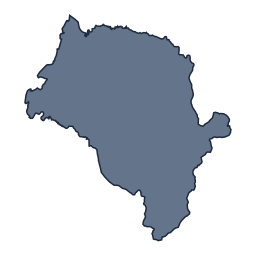 outline of Timbiquí, Cauca, Colombia
{"feature_id": "7082276B54920381077672", "entity_name": "Timbiquí", "entity_type": "district", "adm_level": 2, "iso_a3": "COL", "parent_name": "Colombia", "parent_adm1": "Cauca", "projection": "natural_earth1", "projection_center": [-77.548, 2.664], "detail": "fine", "context": "isolated", "style": "filled", "palette": "slate", "viewbox_px": 256, "rotation_deg": 0, "n_neighbors": 0, "source": "geoboundaries", "source_scale": "gbopen_adm2", "svg_char_len": 5694}
<svg xmlns="http://www.w3.org/2000/svg" viewBox="0 0 256 256"><path d="M193.6,190.1L194.4,189.3L194.8,187.5L195.3,186.6L194.6,183.4L195.3,182.0L195.3,180.0L194.8,179.0L195.2,177.1L193.7,175.3L193.2,174.3L192.9,172.3L193.0,171.0L193.5,169.9L195.1,168.0L195.9,167.6L197.0,167.5L197.6,165.6L197.9,165.2L198.8,165.6L199.9,164.3L201.7,162.8L202.0,161.5L201.1,157.9L201.5,157.0L205.4,154.4L205.9,153.3L207.2,152.1L208.0,152.0L210.2,152.3L210.7,151.8L210.9,150.8L211.6,149.6L212.0,147.4L211.4,146.8L210.4,141.4L209.4,140.0L209.7,139.1L212.0,138.5L213.0,137.6L214.7,136.9L217.0,137.5L219.3,137.0L221.4,137.4L224.1,137.2L226.3,136.4L228.9,135.3L229.4,134.7L230.5,132.6L230.6,131.1L231.0,129.7L229.9,127.8L229.6,126.0L228.7,125.7L227.7,126.2L227.4,125.7L228.1,124.5L228.3,122.8L229.3,121.1L229.4,119.3L227.7,116.6L226.2,115.1L223.6,113.8L221.0,113.5L220.0,113.6L219.3,113.9L218.3,113.1L215.3,112.3L213.7,112.8L212.8,117.1L212.2,118.2L209.6,120.6L208.8,121.9L204.9,124.2L203.3,126.1L201.1,125.8L199.9,125.3L198.4,124.3L198.2,123.0L198.5,118.6L197.4,117.2L197.1,114.7L196.0,113.2L195.6,112.0L192.6,107.5L191.0,102.6L191.1,100.5L193.1,95.9L193.3,94.3L192.4,89.8L191.7,88.4L191.7,84.8L189.9,81.0L189.1,78.5L189.0,77.6L189.9,74.7L192.5,70.5L192.8,67.3L193.8,65.7L193.9,64.6L193.4,63.5L192.1,63.1L190.2,60.7L190.1,56.9L189.6,55.6L188.8,55.2L187.7,55.3L186.9,56.0L186.5,57.8L185.5,58.0L184.6,57.2L183.1,54.9L179.6,54.7L179.1,54.4L178.7,53.1L179.1,50.1L179.0,47.4L178.0,46.7L174.2,46.6L173.3,45.6L172.8,44.3L171.8,43.9L170.4,41.9L169.6,41.4L169.1,39.9L168.5,39.6L167.6,39.8L167.1,39.7L166.6,38.1L166.5,37.0L166.0,36.6L164.9,36.7L163.4,38.6L161.5,39.0L156.0,36.6L154.1,36.2L152.4,35.1L151.3,35.6L150.2,35.4L149.4,35.6L148.0,33.8L146.8,33.2L146.4,32.5L145.9,33.1L144.8,32.7L143.1,32.7L141.7,33.5L139.9,32.7L139.4,33.2L138.7,33.2L136.8,32.8L135.0,31.7L133.0,31.5L131.4,30.2L130.3,29.9L129.3,29.3L128.0,27.9L126.8,28.3L126.3,26.4L125.3,27.5L125.3,28.2L124.3,27.9L124.1,28.4L122.7,28.3L121.7,27.3L122.0,26.8L121.1,26.4L120.2,26.3L119.8,26.8L119.0,26.6L118.3,27.4L117.9,27.1L117.6,26.4L117.2,27.2L116.9,26.8L116.0,27.2L115.5,27.0L115.7,27.6L115.0,27.7L115.1,28.6L114.7,29.0L113.0,28.2L112.1,28.5L111.7,28.3L111.7,29.4L111.0,29.0L110.6,28.3L110.8,27.9L110.2,27.8L110.4,26.6L109.8,26.6L109.8,27.2L109.5,27.4L108.4,26.7L108.1,27.6L107.9,26.2L106.9,26.3L105.7,25.7L105.0,25.8L104.1,25.2L103.6,24.4L103.2,24.4L102.7,25.3L101.2,25.7L100.0,26.4L98.6,26.1L97.2,26.2L96.0,25.4L95.2,26.5L94.7,28.3L92.2,28.8L92.2,30.8L91.4,31.8L90.5,32.0L89.8,31.7L89.3,31.2L88.9,30.0L88.2,30.0L87.7,30.7L87.6,31.5L87.8,32.1L88.8,33.0L88.7,34.2L88.4,34.6L87.9,34.7L86.9,33.2L86.1,33.2L85.9,34.4L86.5,35.3L86.7,36.0L86.2,36.5L85.6,36.5L84.8,35.5L85.3,34.5L85.2,32.9L82.3,31.9L80.8,30.4L79.6,28.6L79.0,26.8L78.1,22.1L74.6,19.0L69.7,15.4L69.2,19.9L68.2,21.1L67.9,21.1L68.0,20.6L66.6,20.8L64.1,25.8L63.3,27.2L62.8,27.5L62.1,29.2L62.7,30.1L62.5,30.5L62.7,32.1L63.3,32.6L64.0,32.6L64.1,32.8L62.7,33.6L61.5,33.5L60.8,33.9L60.0,35.2L60.2,37.4L60.0,38.2L60.5,39.0L61.5,39.3L58.7,49.2L58.3,49.3L57.7,48.9L57.1,49.1L57.2,51.3L56.2,55.8L54.9,58.6L54.7,60.2L53.9,60.7L54.0,61.7L53.2,61.9L53.0,62.6L53.1,63.2L52.3,64.2L49.3,64.8L48.0,64.6L46.5,65.1L39.5,72.4L37.5,75.6L37.8,76.8L38.6,77.7L40.2,76.9L42.7,77.4L44.9,78.5L46.8,78.7L47.2,79.3L46.9,79.8L45.2,82.1L45.0,83.2L43.3,84.5L42.5,85.9L42.1,86.9L42.1,88.4L40.2,89.8L37.3,88.0L35.6,89.4L32.1,91.1L31.8,90.6L31.4,90.9L30.5,90.8L30.9,89.2L30.3,89.0L28.8,89.7L27.5,90.9L27.2,91.6L26.0,95.1L25.0,102.4L25.4,103.4L26.1,103.5L28.5,101.9L28.7,103.1L28.1,104.2L27.7,105.8L28.0,106.6L27.8,107.1L27.9,107.6L26.8,110.4L26.7,111.7L27.5,114.1L29.2,115.6L29.3,116.3L29.8,116.7L29.2,117.4L30.5,118.3L32.4,118.3L33.1,117.5L35.4,113.4L36.8,113.2L38.3,114.1L39.1,114.2L39.8,113.7L41.0,112.1L41.7,111.8L42.4,111.8L43.1,112.3L43.5,112.9L43.5,114.9L43.1,115.5L41.2,117.2L41.0,118.1L41.4,119.3L42.6,120.4L43.4,120.6L43.9,120.4L45.0,118.6L46.4,117.5L47.7,117.7L48.4,118.7L49.0,118.7L49.0,116.8L49.3,116.5L49.9,116.5L50.4,117.1L50.6,118.0L51.5,118.5L51.4,119.7L51.7,120.0L53.4,119.8L54.3,120.5L55.2,120.4L55.7,120.8L55.7,121.2L56.3,121.3L56.8,122.3L57.9,122.4L57.6,122.8L57.9,123.7L58.4,123.7L58.5,123.3L58.8,123.3L59.3,124.5L59.6,124.3L60.2,124.6L60.5,125.2L61.2,125.3L61.4,125.8L62.2,126.4L62.4,126.1L62.5,126.3L62.8,126.2L65.5,128.0L66.3,128.3L67.1,128.2L68.6,126.9L69.0,126.2L72.9,126.4L73.4,127.8L74.8,129.1L75.8,131.0L76.4,131.6L77.8,132.0L78.5,133.6L78.5,134.7L79.8,136.6L82.2,136.8L83.0,137.1L83.6,136.8L84.4,137.4L85.4,136.9L86.3,137.7L87.0,137.7L86.5,139.1L87.7,139.0L89.0,139.6L89.1,146.1L89.3,146.2L90.4,145.7L91.0,145.7L93.3,147.7L95.3,148.1L96.9,149.7L97.5,154.5L98.4,158.5L98.5,160.7L100.7,169.1L101.3,172.3L104.7,176.8L109.4,181.8L113.9,185.1L118.6,185.5L122.5,188.3L126.1,189.4L130.2,192.7L131.7,193.3L132.4,194.5L133.2,194.8L134.6,194.7L135.4,193.1L138.2,190.3L139.0,190.0L139.6,190.3L140.4,191.2L140.9,192.7L141.1,195.0L141.7,196.1L144.7,196.9L144.7,198.0L144.3,199.8L144.5,201.6L143.6,203.8L143.9,204.4L145.1,205.2L146.1,207.3L146.2,208.4L145.5,211.9L144.5,214.0L145.3,215.7L145.4,216.8L145.1,217.9L144.3,219.3L143.2,222.0L143.0,224.4L144.5,226.0L146.0,226.1L147.0,226.7L149.8,226.6L151.4,227.2L152.9,228.4L154.1,228.8L154.0,229.8L152.8,231.2L152.8,232.3L152.0,233.6L152.7,235.5L153.4,239.0L153.9,239.3L156.4,239.6L158.2,240.6L161.6,239.9L162.2,237.0L163.5,236.9L165.2,236.2L167.1,234.5L168.0,233.3L170.5,232.5L173.9,229.2L175.9,227.8L176.9,227.8L178.3,227.2L179.9,223.1L181.7,220.4L185.5,216.6L187.0,216.0L189.5,213.8L189.8,212.3L188.1,209.9L187.5,208.2L187.2,204.6L188.3,202.2L186.9,199.0L186.7,198.1L189.0,192.5L191.1,191.1L191.9,189.8L193.6,190.1Z" fill="#64748b" stroke="#1e293b" stroke-width="1.5"/></svg>